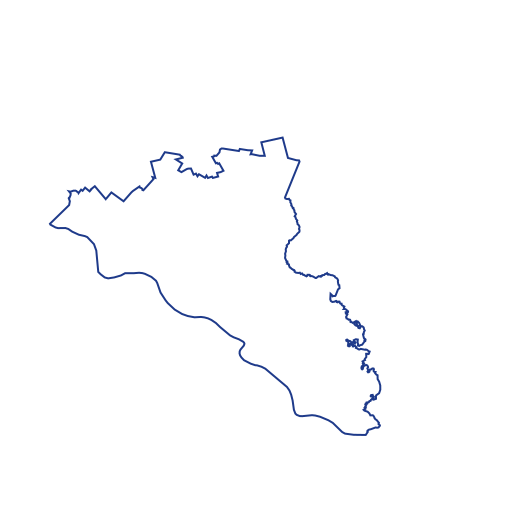 Diamante, Entre Ríos, Argentina, rotated 301°
{"feature_id": "61730980B26239176559323", "entity_name": "Diamante", "entity_type": "district", "adm_level": 2, "iso_a3": "ARG", "parent_name": "Argentina", "parent_adm1": "Entre Ríos", "projection": "natural_earth1", "projection_center": [-60.458, -32.245], "detail": "fine", "context": "isolated", "style": "outline", "palette": "blue", "viewbox_px": 512, "rotation_deg": 301, "n_neighbors": 0, "source": "geoboundaries", "source_scale": "gbopen_adm2", "svg_char_len": 6131}
<svg xmlns="http://www.w3.org/2000/svg" viewBox="0 0 512 512"><g transform="rotate(301 256 256)"><path d="M328.7,170.3L326.0,171.3L321.5,170.5L320.6,168.6L320.0,168.9L318.5,167.4L314.8,173.9L315.8,174.6L315.4,176.1L316.5,176.7L312.3,184.2L309.7,182.5L307.2,179.8L304.6,182.6L300.7,178.8L301.4,177.4L298.1,174.6L299.5,172.1L296.8,172.1L296.7,165.0L294.2,164.8L295.7,162.1L293.6,160.6L297.5,155.2L295.9,152.8L294.9,151.9L289.5,148.9L289.4,145.2L297.3,145.1L297.5,137.6L302.5,142.6L303.0,142.0L303.0,141.0L303.3,140.6L303.1,139.7L303.6,138.5L298.0,124.4L289.3,124.3L282.7,117.4L271.1,129.4L270.3,126.7L269.1,128.5L254.3,125.6L254.1,124.7L254.7,124.4L255.2,122.9L254.9,121.1L255.6,120.3L248.3,117.0L246.3,116.4L234.7,114.3L236.0,99.3L228.2,98.1L227.9,97.6L227.4,97.7L232.8,81.9L228.2,80.2L228.1,80.5L225.7,80.1L226.6,74.3L222.6,73.8L222.8,71.9L218.5,71.5L219.0,70.9L218.9,69.7L219.2,68.6L219.0,67.5L218.0,65.9L215.6,63.9L215.1,62.4L214.1,65.0L212.6,65.7L209.5,66.2L209.4,65.7L209.1,65.7L207.1,68.2L203.4,69.6L177.5,62.8L177.0,63.6L177.2,69.4L177.9,71.9L181.8,78.2L182.5,81.2L182.2,85.9L183.0,93.2L184.9,99.0L185.3,101.6L182.7,111.0L178.4,116.3L161.1,129.0L160.3,132.3L159.7,137.4L160.7,140.8L164.6,145.5L169.8,150.3L173.9,152.7L178.1,159.8L181.4,164.4L182.8,167.4L183.5,169.9L184.2,177.1L183.3,183.0L182.0,185.2L175.5,193.0L171.4,201.4L170.2,204.6L168.2,213.9L168.2,222.5L169.4,228.4L171.8,234.9L175.4,240.2L176.8,243.4L177.8,246.9L178.2,250.7L177.9,256.2L176.6,261.8L174.6,274.6L174.8,278.7L175.8,284.2L175.9,289.3L175.5,290.5L174.8,291.3L172.9,291.7L167.8,290.9L165.9,291.1L164.0,292.1L162.6,293.6L161.5,295.8L160.5,299.4L161.0,307.0L162.0,311.6L162.8,313.2L163.9,317.7L164.2,322.0L159.7,350.0L157.9,354.0L155.2,357.6L151.0,361.8L143.7,367.7L141.2,370.9L140.8,372.7L141.3,375.9L142.5,378.1L148.4,386.0L149.8,389.0L151.2,393.7L152.5,402.7L152.5,407.8L149.5,420.5L149.6,423.8L153.1,431.9L159.1,442.2L162.8,442.4L163.2,441.6L163.9,441.6L165.4,442.3L166.6,443.6L170.6,446.8L171.2,448.3L172.1,449.3L174.3,449.6L174.7,449.4L175.1,447.5L176.3,447.3L177.6,443.7L177.5,442.7L178.0,441.2L178.5,440.8L179.6,438.8L179.6,438.1L178.3,436.1L179.4,434.4L179.9,432.5L180.0,431.8L179.3,428.6L179.6,427.5L181.2,428.4L181.7,427.4L182.6,428.1L183.1,427.2L184.3,427.5L184.9,426.2L186.0,426.0L186.3,427.2L186.8,427.4L187.6,426.5L188.8,428.0L190.0,427.9L190.8,428.8L191.9,428.6L193.9,429.2L195.1,429.0L195.7,428.5L194.8,426.8L195.0,426.4L196.1,426.3L197.0,427.5L196.6,427.8L196.0,429.6L193.2,430.0L193.4,430.8L195.4,432.4L197.8,430.9L198.6,430.8L201.8,432.2L205.4,431.4L209.0,429.2L211.7,426.3L213.1,423.7L216.4,421.6L216.3,420.4L216.9,418.5L218.1,418.2L217.7,417.5L217.7,416.4L218.3,415.8L219.7,415.4L220.1,414.7L219.5,413.6L218.1,413.1L217.3,412.1L215.2,412.8L214.4,412.5L214.0,411.9L214.4,411.1L215.8,411.2L217.1,409.3L218.3,409.4L218.8,409.0L219.5,407.8L219.3,406.4L216.8,404.9L214.1,405.7L213.5,405.4L213.6,404.8L214.3,404.0L215.9,403.5L218.0,404.4L218.7,403.1L219.1,403.3L219.1,403.9L219.5,404.0L219.9,403.2L219.8,402.6L220.5,401.6L222.9,403.0L223.2,402.4L223.7,402.3L226.2,402.6L228.9,400.8L229.7,402.0L229.6,402.6L230.2,403.1L232.6,402.6L232.4,401.9L232.7,399.5L232.4,398.2L231.9,398.0L230.3,393.6L229.1,392.8L228.8,392.0L228.9,390.0L228.7,389.0L229.6,388.8L230.1,386.9L228.6,386.1L228.4,385.6L230.1,384.9L229.2,384.0L230.2,382.8L229.3,381.9L227.0,382.8L226.6,382.5L226.4,381.5L225.6,381.1L227.1,381.1L227.8,380.3L228.6,380.2L229.9,379.3L229.9,377.0L230.6,376.6L231.3,377.1L231.1,379.2L231.6,380.7L231.2,382.2L231.4,383.2L232.2,383.4L232.1,385.8L233.2,385.7L233.5,383.9L234.2,383.2L236.1,384.5L236.8,386.3L235.1,387.1L233.7,388.0L233.2,388.8L231.8,389.5L232.1,390.8L233.0,391.1L234.7,392.7L238.6,393.0L239.3,393.5L240.4,393.1L240.1,392.3L241.0,392.3L241.2,390.8L243.9,388.1L244.5,388.0L244.7,388.4L246.5,387.6L248.1,387.6L248.8,386.4L250.2,385.1L250.5,383.4L250.2,382.7L249.4,382.2L247.5,382.2L247.1,380.9L248.1,379.5L250.4,380.9L251.8,378.8L252.3,376.8L251.6,376.1L248.6,378.3L247.9,378.0L247.8,377.0L248.2,375.4L248.8,375.2L251.1,375.7L251.6,375.2L248.5,373.4L248.6,371.8L248.2,371.4L248.2,370.8L249.1,370.4L249.8,369.5L249.5,368.5L249.1,368.2L249.4,366.3L249.1,365.8L250.1,364.6L253.1,364.4L253.2,363.5L252.9,362.7L254.0,361.8L254.5,362.3L254.4,363.3L254.7,363.1L255.4,363.7L256.0,363.4L256.5,360.4L256.4,359.6L255.8,358.6L256.5,358.7L257.0,357.9L258.2,357.8L258.1,355.3L258.4,354.4L259.2,353.9L258.7,352.8L259.0,352.0L259.9,351.1L259.7,350.5L258.3,349.8L258.1,349.0L258.9,348.3L258.8,347.8L257.2,346.7L255.9,345.1L256.0,343.3L257.1,342.0L262.0,339.4L261.6,341.3L260.9,342.4L261.8,343.2L262.4,344.4L263.0,344.6L269.6,343.5L271.4,344.2L273.9,342.4L273.8,341.5L275.1,340.3L276.5,339.2L277.4,338.9L278.5,337.2L278.5,334.8L279.1,334.0L278.9,331.5L278.1,329.8L277.8,327.4L277.1,327.3L277.2,326.5L277.9,325.7L276.5,325.0L276.2,324.5L274.9,324.3L273.7,322.7L273.1,322.9L272.2,321.8L271.6,322.1L271.0,320.1L268.1,318.9L267.8,318.4L267.8,315.7L267.5,314.1L266.7,313.0L266.8,312.3L267.4,312.1L267.4,311.5L266.4,309.8L265.3,310.1L264.6,309.7L264.8,309.3L264.4,308.5L264.6,307.0L264.1,306.2L264.8,304.5L263.6,303.6L264.3,302.2L263.3,301.1L262.3,298.8L262.4,297.1L263.3,296.7L263.6,296.0L263.2,295.2L263.5,294.3L263.3,293.4L263.8,291.4L263.6,290.8L265.0,289.0L265.7,288.6L265.4,286.7L266.3,286.7L266.5,285.7L266.9,285.9L267.5,285.7L267.4,284.6L269.3,281.9L271.6,280.9L272.9,279.8L275.5,279.2L277.1,278.0L278.6,277.7L279.9,277.8L280.9,276.8L283.9,277.7L286.2,276.4L286.8,276.7L287.3,277.8L290.6,278.9L291.8,278.8L294.9,279.9L296.3,279.9L299.0,280.7L299.7,280.5L300.7,279.9L301.3,278.9L302.8,278.6L303.6,278.1L304.5,276.6L304.7,275.2L305.7,274.5L306.7,273.2L307.7,273.1L308.4,271.1L309.7,269.8L309.9,268.7L312.6,268.7L313.5,266.4L315.0,265.3L315.2,264.5L316.4,263.4L316.0,262.8L317.2,261.3L317.4,260.2L318.6,259.7L319.8,257.7L321.4,256.9L321.3,255.9L322.0,254.8L320.8,253.3L320.4,251.6L321.1,250.7L359.3,244.7L360.1,243.7L358.9,241.3L356.5,232.9L371.2,217.8L356.2,202.0L346.4,211.9L343.8,207.6L341.1,199.9L340.4,199.0L344.5,198.3L342.4,194.4L339.4,187.0L337.2,187.3L331.1,172.3L330.4,171.1L328.7,170.3Z" fill="none" stroke="#1e3a8a" stroke-width="2"/></g></svg>